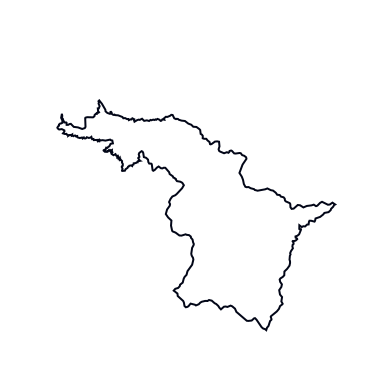 the district of Tadó, Chocó, Colombia, rotated 43°
{"feature_id": "7082276B86904559809659", "entity_name": "Tadó", "entity_type": "district", "adm_level": 2, "iso_a3": "COL", "parent_name": "Colombia", "parent_adm1": "Chocó", "projection": "albers", "projection_center": [-76.438, 5.267], "detail": "fine", "context": "isolated", "style": "outline", "palette": "ink", "viewbox_px": 384, "rotation_deg": 43, "n_neighbors": 0, "source": "geoboundaries", "source_scale": "gbopen_adm2", "svg_char_len": 6041}
<svg xmlns="http://www.w3.org/2000/svg" viewBox="0 0 384 384"><g transform="rotate(43 192 192)"><path d="M305.2,103.5L302.0,104.0L301.3,107.2L300.1,108.6L293.8,110.5L293.1,112.5L293.0,116.4L292.6,117.4L292.3,117.8L289.7,118.2L288.5,120.3L285.5,123.9L284.0,127.3L280.1,128.0L278.2,129.4L277.7,134.8L276.4,136.4L274.4,136.0L272.1,133.8L271.0,133.5L267.0,134.9L265.8,134.8L264.3,133.6L262.6,133.4L260.2,134.7L258.2,134.4L256.2,135.9L253.7,135.4L250.3,135.7L248.4,136.9L244.7,138.0L243.7,140.1L239.1,146.3L236.5,147.7L235.4,147.6L232.4,149.2L230.0,149.8L228.7,151.2L227.5,151.8L224.5,150.8L221.0,148.3L217.9,146.8L213.7,145.7L210.3,137.5L209.2,130.6L207.9,129.7L205.5,129.9L203.5,130.8L201.2,130.4L200.2,131.0L197.7,134.1L196.5,135.0L193.2,134.7L192.3,135.0L191.5,136.4L192.0,137.4L191.9,138.5L190.4,139.1L189.0,141.8L184.9,143.3L183.7,143.4L182.3,142.6L181.0,139.9L177.5,136.8L175.9,137.8L174.4,139.5L173.7,143.2L173.2,144.4L172.6,144.7L170.7,143.5L168.0,143.7L166.6,143.4L166.1,143.4L164.6,144.8L163.2,145.4L161.6,143.6L160.2,143.3L158.7,143.6L155.7,141.1L154.5,141.0L150.9,141.4L148.4,143.4L145.6,143.3L142.7,144.5L138.4,144.9L135.7,146.9L133.2,148.1L131.9,148.2L130.9,148.9L130.6,149.6L128.8,150.2L125.3,148.9L124.2,149.7L124.1,150.9L123.3,152.8L122.7,154.0L121.6,154.8L121.3,157.3L122.5,158.0L120.8,159.0L121.0,160.7L120.5,161.4L119.0,161.3L116.9,162.1L116.5,163.7L115.8,163.8L115.3,165.1L114.3,165.5L113.3,167.3L112.5,167.6L112.2,169.3L110.1,170.4L108.5,172.6L105.5,172.5L104.6,174.9L103.6,175.5L102.8,177.0L102.0,179.8L100.5,179.0L100.2,178.2L98.1,178.8L98.3,180.2L97.5,180.8L96.8,182.5L95.7,182.0L94.7,183.0L92.6,183.6L91.5,184.9L90.0,184.6L85.7,186.3L83.6,188.0L82.6,188.2L82.5,188.8L81.7,189.3L79.9,189.6L79.0,188.7L78.1,188.6L77.8,189.0L78.7,190.1L78.7,190.8L76.2,191.9L73.8,192.0L72.5,190.9L65.9,188.9L61.7,188.3L61.7,189.4L62.8,189.9L63.4,191.1L65.9,192.2L66.8,194.4L66.1,195.1L68.3,197.0L69.6,197.1L69.5,197.8L68.8,198.0L68.5,198.9L69.1,199.8L68.3,200.4L68.3,202.2L69.0,203.2L68.7,204.9L64.3,208.8L63.4,210.3L63.5,210.8L69.7,217.0L70.0,218.4L68.7,220.8L64.6,222.5L61.1,225.0L56.9,224.8L56.1,225.8L55.6,227.4L54.5,228.4L53.0,226.9L52.6,226.9L51.3,228.1L49.0,227.4L47.5,226.5L46.2,226.5L45.3,224.9L43.5,223.5L45.7,227.0L48.4,228.1L50.0,229.8L49.6,231.0L48.9,231.8L48.7,233.4L49.5,234.2L49.3,235.0L49.6,236.7L50.4,237.1L52.2,236.9L53.9,234.8L56.6,234.0L57.4,234.7L57.7,237.1L59.6,236.2L60.5,235.1L61.4,235.4L62.8,234.7L63.2,235.3L63.6,233.8L64.9,232.5L65.1,231.8L65.8,232.8L66.0,232.4L67.1,232.1L67.1,231.4L68.2,230.3L68.9,230.6L69.8,229.4L70.4,230.1L71.3,230.0L73.2,229.0L74.4,227.2L75.5,227.5L75.7,225.9L76.4,226.2L77.3,225.8L77.8,224.9L77.7,223.7L79.6,222.9L80.6,221.6L80.8,220.3L82.9,221.5L83.8,220.4L84.8,221.0L87.5,218.2L87.7,218.8L88.5,219.2L88.7,218.7L89.7,218.1L89.0,216.8L89.9,216.7L91.3,215.0L93.6,213.5L96.4,209.5L97.2,209.5L98.6,208.7L101.0,210.4L99.6,212.3L100.4,215.0L100.0,215.9L100.0,217.5L99.0,218.1L100.0,220.2L99.4,220.4L98.9,221.6L99.1,222.0L100.8,222.0L102.6,220.5L102.8,220.1L102.3,219.5L102.8,219.0L102.7,218.1L104.3,218.0L103.8,217.1L104.4,217.0L104.8,215.9L105.5,216.8L106.7,217.2L106.7,217.7L105.9,218.3L107.2,219.0L109.5,218.6L110.2,216.5L111.8,217.1L112.5,216.8L113.0,216.0L113.5,216.3L113.5,217.5L114.0,217.9L114.5,217.1L115.4,217.7L115.6,216.5L116.0,217.1L116.4,216.7L116.9,217.3L117.0,216.9L117.7,217.6L118.0,217.0L119.8,217.1L120.7,218.2L122.3,218.7L123.5,220.1L123.2,220.9L123.5,221.6L125.5,222.5L126.1,224.0L126.6,224.2L128.4,222.2L127.9,220.6L128.4,218.3L128.0,217.1L128.4,216.3L128.2,215.6L129.3,214.1L130.5,213.8L130.0,213.1L130.5,211.8L129.8,210.8L131.2,209.1L131.3,208.1L132.0,207.4L131.4,206.5L132.7,204.7L131.6,205.0L131.4,204.3L129.7,204.0L129.4,203.6L129.6,202.2L127.3,200.7L126.8,199.3L127.3,196.5L128.3,196.2L129.7,196.7L133.0,199.3L135.1,198.3L137.7,198.3L139.7,199.9L141.3,200.4L142.8,199.1L143.6,199.1L148.3,202.9L149.2,202.9L149.7,201.4L149.7,198.0L150.2,196.1L153.0,195.8L154.2,195.0L154.8,193.5L156.0,192.5L161.8,193.1L163.4,194.1L167.3,193.6L168.6,194.2L169.7,193.6L170.8,193.8L171.3,193.5L172.3,194.1L173.6,194.3L176.5,192.4L178.6,191.9L181.4,192.6L182.2,196.0L182.2,203.7L182.0,205.7L180.7,208.7L181.0,211.6L182.1,215.0L184.2,215.8L185.1,217.2L185.7,221.8L187.9,226.0L191.9,226.9L196.4,226.9L199.6,230.9L203.9,233.9L204.8,234.0L207.7,232.9L212.4,232.4L214.1,231.0L216.2,227.3L217.2,227.0L219.2,225.6L221.5,225.4L222.5,226.2L224.8,226.4L227.2,228.1L228.8,228.8L229.4,229.8L230.2,232.8L233.6,237.7L235.1,238.7L237.7,239.5L239.1,240.5L241.7,245.1L242.7,253.0L244.5,256.3L244.5,259.1L245.0,260.9L247.0,264.6L246.5,267.9L247.3,269.3L247.3,271.6L245.8,274.2L245.9,276.6L250.6,276.2L252.5,277.8L259.9,277.7L261.5,278.4L264.3,280.5L266.1,280.5L267.0,279.1L267.3,277.9L267.1,274.6L271.1,272.4L272.2,272.3L273.5,269.5L273.5,267.2L274.0,265.6L275.9,262.7L277.7,261.1L278.1,259.4L280.5,258.0L284.4,257.9L286.1,257.4L288.9,257.4L291.1,258.0L293.2,258.1L293.6,254.1L294.7,252.8L296.3,251.9L297.7,248.8L299.3,248.2L303.0,248.0L306.2,249.4L319.9,248.8L321.2,247.8L323.3,245.3L323.6,242.0L324.1,241.3L326.3,241.4L335.1,243.4L337.3,243.3L338.8,242.5L340.5,242.4L339.4,240.1L339.3,237.8L337.1,233.1L337.2,231.4L336.9,230.8L334.7,229.6L334.5,228.8L335.5,221.5L335.3,218.2L334.2,215.3L334.7,212.4L334.5,211.9L332.0,211.1L329.5,207.4L326.3,207.0L322.7,204.3L322.1,200.5L320.7,198.2L317.8,197.6L315.8,196.2L315.6,194.9L316.3,192.2L316.3,190.0L313.8,187.1L314.0,183.3L313.5,179.3L312.1,177.0L310.8,175.7L309.5,175.0L307.1,171.9L306.6,170.4L305.5,169.8L304.7,167.7L304.2,164.4L302.6,163.4L301.6,161.9L301.7,160.7L300.9,159.9L299.2,159.4L299.2,159.0L300.1,158.3L300.9,156.9L301.1,154.7L300.6,154.4L298.9,154.7L298.0,153.9L298.9,152.1L299.2,149.9L297.4,145.2L296.9,145.0L296.1,145.9L295.7,145.9L293.2,143.1L296.2,142.8L296.7,141.2L298.2,140.1L298.4,137.3L299.4,136.2L297.9,134.1L297.5,132.9L298.7,131.8L301.8,130.1L301.6,129.1L300.4,127.1L302.7,122.8L303.3,118.9L303.1,117.0L305.6,113.6L305.8,110.7L305.2,109.5L305.3,106.4L304.8,104.7L305.2,103.5Z" fill="none" stroke="#020617" stroke-width="2"/></g></svg>